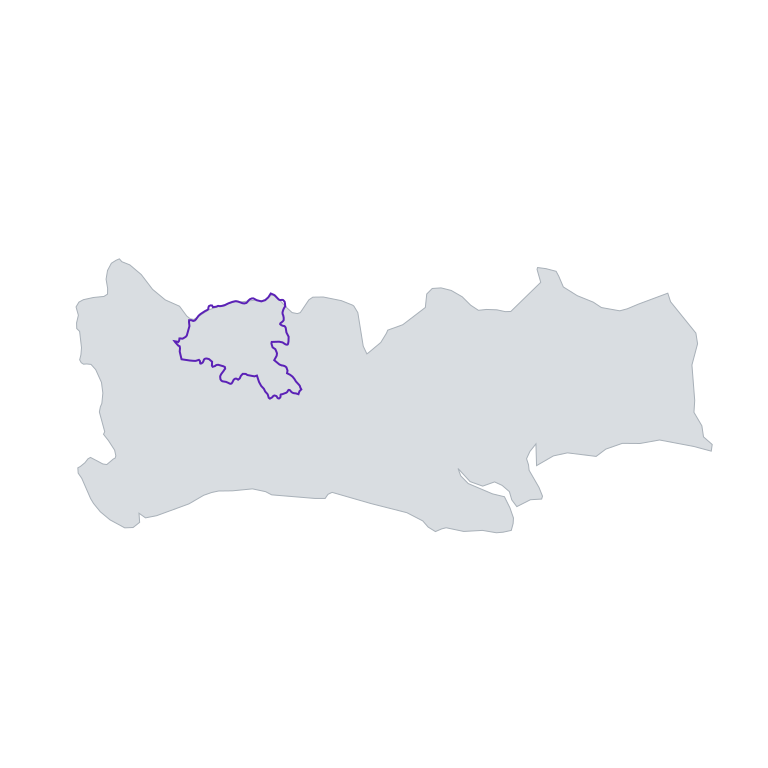 location of Guarda within Portugal, rotated 261°
{"feature_id": "PRT-753", "entity_name": "Guarda", "entity_type": "District", "adm_level": 1, "iso_a3": "PRT", "parent_name": "Portugal", "parent_adm1": "", "projection": "robinson", "projection_center": [-7.291, 40.712], "detail": "fine", "context": "in_parent", "style": "outline", "palette": "violet", "viewbox_px": 768, "rotation_deg": 261, "n_neighbors": 0, "source": "natural_earth", "source_scale": "10m", "svg_char_len": 5143}
<svg xmlns="http://www.w3.org/2000/svg" viewBox="0 0 768 768"><g transform="rotate(261 384 384)"><path d="M292.7,92.1L302.2,83.8L311.5,78.4L316.7,76.3L338.2,70.7L343.8,68.0L349.1,68.5L350.0,71.1L353.0,76.3L356.4,79.9L357.4,82.6L349.0,93.8L347.8,97.6L352.2,104.8L352.9,106.9L355.0,107.9L360.8,107.6L371.2,103.0L378.2,99.1L380.6,100.7L400.9,98.5L405.8,100.3L409.0,102.3L419.0,104.9L429.8,105.2L443.3,101.5L449.2,97.7L450.3,93.5L450.6,90.3L452.4,88.3L455.5,87.2L460.2,89.2L467.1,90.9L483.6,91.6L486.8,89.2L492.4,89.9L499.7,92.9L508.3,91.9L512.6,95.5L514.3,100.3L514.9,110.6L514.3,121.1L516.0,125.0L521.7,126.0L531.0,125.9L539.4,128.7L545.9,133.6L548.1,138.7L549.0,142.2L545.8,144.2L541.4,151.6L530.0,161.4L513.7,170.2L501.3,181.1L492.8,194.2L482.0,199.8L478.8,202.7L477.5,206.3L484.6,222.3L486.8,234.7L488.6,249.8L487.5,254.1L486.9,270.8L485.3,275.6L485.7,279.6L488.3,283.9L489.5,287.9L484.6,293.1L475.6,299.1L468.9,304.4L467.1,309.4L467.6,312.5L478.9,323.0L480.9,327.3L479.4,337.7L473.0,354.9L466.8,365.3L465.7,366.4L458.6,369.3L424.6,369.4L416.4,371.8L417.5,373.9L425.5,387.3L433.8,394.4L436.6,396.1L439.6,411.8L453.1,436.8L466.2,440.3L470.8,446.6L470.0,455.4L465.9,465.0L457.9,474.9L448.3,481.9L442.0,488.8L441.6,496.9L439.6,507.1L436.5,515.1L435.8,520.6L459.9,554.7L473.3,553.1L475.0,553.9L472.6,562.0L468.4,571.6L463.3,573.4L451.8,576.3L441.0,588.7L432.1,603.5L425.5,610.7L419.4,628.3L420.2,636.0L423.1,647.8L429.3,678.5L420.4,679.9L385.5,700.0L374.7,700.0L354.6,691.1L319.1,688.3L307.5,685.7L293.0,691.4L281.8,691.3L272.9,698.7L266.5,696.7L273.9,680.1L285.6,647.4L285.2,627.5L288.1,610.1L285.0,592.9L279.3,582.2L287.3,554.4L286.5,540.1L279.5,521.9L301.1,524.7L294.5,517.5L287.9,513.1L281.5,514.1L276.1,513.8L257.6,520.9L248.4,523.0L245.7,521.7L246.8,510.5L242.1,496.0L249.5,492.1L258.1,491.0L265.4,484.8L270.0,477.9L267.7,465.5L274.1,453.8L289.0,443.9L281.3,445.4L272.5,451.6L258.5,474.0L253.8,485.3L242.0,489.0L231.4,490.9L226.0,489.7L219.5,486.8L219.0,478.4L219.5,471.7L224.0,458.4L225.9,439.7L232.3,422.9L231.9,418.4L230.2,411.7L235.8,405.2L242.7,400.9L253.3,386.5L268.1,352.1L285.1,315.8L283.8,311.4L280.2,308.0L281.7,298.2L292.1,255.7L296.2,250.2L301.0,237.7L302.2,217.6L304.2,203.8L303.8,196.8L302.3,188.5L296.1,172.5L289.5,138.8L289.1,127.5L294.7,121.8L285.6,121.0L281.5,113.7L282.5,105.4L292.7,92.1Z" fill="#d9dde1" stroke="#a8b0b8" stroke-width="1"/><path d="M483.1,295.8L483.0,296.7L482.7,297.5L480.9,298.7L478.9,298.8L476.9,298.6L476.3,298.7L476.2,298.7L475.8,298.2L474.7,297.2L473.2,296.2L470.7,295.0L470.1,294.9L469.0,294.8L467.4,295.2L465.1,295.3L462.8,294.9L461.9,294.1L460.9,292.5L460.5,291.6L460.0,291.0L459.3,290.8L458.2,291.8L457.6,292.7L457.1,293.7L456.9,294.5L456.2,295.2L454.9,295.7L450.1,295.7L445.6,297.2L443.0,296.7L440.9,296.3L439.8,295.9L439.2,295.7L438.5,295.4L438.1,295.0L438.0,294.3L438.3,293.4L439.3,292.0L440.2,291.2L441.0,290.2L442.2,287.0L443.1,279.7L441.9,279.2L441.1,279.2L439.4,279.4L438.4,279.6L437.6,279.7L435.4,282.1L432.2,282.9L431.0,283.1L428.7,282.4L424.7,279.3L419.6,283.8L418.3,286.0L418.1,286.9L417.3,288.6L416.6,289.4L415.7,290.2L412.3,290.8L409.8,289.9L407.8,292.7L405.6,294.8L403.0,296.3L400.3,297.4L396.4,300.0L395.2,300.6L393.5,300.8L391.6,301.5L390.1,299.4L387.3,297.9L388.5,295.5L389.0,293.6L389.7,292.3L390.5,291.4L392.8,289.9L393.1,289.0L392.8,288.4L391.3,287.2L390.7,286.2L389.8,281.8L389.9,280.7L389.4,280.1L387.6,279.8L386.8,279.3L386.1,278.0L386.4,277.2L387.0,276.6L387.9,276.3L388.8,275.9L389.3,275.1L389.8,274.0L389.6,273.1L389.1,272.2L388.4,271.7L387.4,269.0L388.4,268.0L391.4,267.6L392.4,267.3L395.1,265.5L398.1,264.6L401.3,262.4L405.5,260.9L412.2,259.8L411.8,257.3L414.2,250.5L415.6,249.0L416.1,246.0L414.3,243.8L412.1,242.4L411.1,240.6L412.2,239.3L412.5,238.7L412.5,237.8L412.2,237.0L411.7,236.2L409.1,234.3L408.3,233.4L408.2,232.5L408.5,231.7L409.6,230.2L410.8,228.3L411.9,225.0L412.3,224.4L413.1,223.7L414.3,223.2L416.8,223.3L417.8,223.7L419.3,224.8L422.6,228.2L423.2,228.6L423.9,229.5L425.6,229.5L426.6,228.2L428.9,223.3L429.0,221.9L428.7,220.7L428.2,220.0L427.8,217.5L429.0,216.9L432.9,217.7L436.0,215.0L436.9,212.9L437.0,211.6L436.8,210.7L436.2,209.9L435.4,209.6L434.5,209.0L433.6,208.3L432.9,206.9L432.8,206.2L433.1,205.7L435.5,205.8L436.8,205.0L436.3,201.7L436.7,199.4L437.6,195.8L440.1,187.9L448.0,187.3L451.2,188.1L453.2,188.1L454.1,186.8L458.0,184.3L459.0,183.8L458.1,186.5L457.6,187.3L458.1,187.8L458.6,188.3L459.3,188.6L460.0,188.8L461.0,189.1L460.9,190.0L460.5,191.1L460.3,192.2L460.9,193.8L461.6,195.5L462.7,196.8L471.6,200.9L475.8,201.1L477.5,201.5L477.1,203.8L476.1,205.4L476.3,207.0L477.3,208.4L480.4,211.5L481.8,213.7L484.0,218.6L484.8,221.2L485.7,222.3L487.2,222.6L488.3,223.3L488.8,225.0L488.4,226.5L486.7,227.0L486.6,230.1L486.7,230.9L487.1,232.2L487.0,232.9L486.7,233.5L486.5,234.8L486.5,237.1L486.7,238.9L488.0,242.9L488.8,247.0L489.0,249.2L489.0,250.7L488.3,252.7L486.0,256.7L485.4,258.6L485.6,260.8L486.5,262.0L487.6,263.1L488.7,264.8L489.2,266.9L489.0,268.4L486.6,271.5L484.8,275.8L485.4,279.8L487.7,283.3L491.1,286.3L489.3,289.2L488.5,290.1L484.1,293.1L483.5,293.8L483.1,294.7L483.1,295.8Z" fill="none" stroke="#5b21b6" stroke-width="2"/></g></svg>